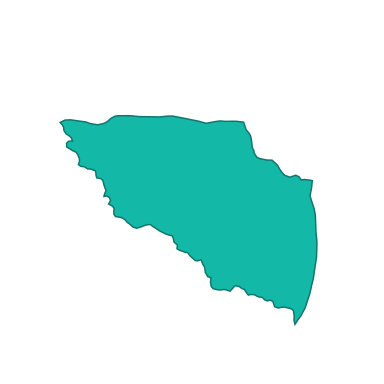 outline of Campestre do Maranhão, Maranhão, Brazil, rotated 202°
{"feature_id": "56859067B99691439302413", "entity_name": "Campestre do Maranhão", "entity_type": "district", "adm_level": 2, "iso_a3": "BRA", "parent_name": "Brazil", "parent_adm1": "Maranhão", "projection": "mercator", "projection_center": [-47.249, -6.177], "detail": "fine", "context": "isolated", "style": "filled", "palette": "teal", "viewbox_px": 384, "rotation_deg": 202, "n_neighbors": 0, "source": "geoboundaries", "source_scale": "gbopen_adm2", "svg_char_len": 2336}
<svg xmlns="http://www.w3.org/2000/svg" viewBox="0 0 384 384"><g transform="rotate(202 192 192)"><path d="M84.7,247.6L86.8,247.2L92.7,245.6L95.1,244.1L98.5,246.2L102.1,246.4L106.8,242.4L112.5,242.2L116.0,243.9L119.0,245.8L122.6,248.8L129.7,251.5L134.4,249.7L141.8,248.3L145.0,248.6L148.8,251.3L150.2,253.6L152.7,255.7L156.4,262.5L158.8,266.0L160.8,267.7L165.2,270.1L170.3,276.1L177.6,274.1L188.3,269.7L192.4,268.5L196.8,266.0L204.6,261.0L212.5,260.1L238.3,255.2L242.5,253.5L250.3,249.4L265.9,243.4L270.4,241.7L275.2,240.4L279.4,239.0L289.3,234.9L291.8,233.4L294.7,230.0L296.8,225.7L299.2,222.7L304.8,218.9L312.2,217.3L316.5,217.2L331.7,213.4L336.7,211.1L340.3,207.1L337.3,205.6L335.6,204.2L333.6,200.9L330.6,198.8L326.6,198.0L324.2,197.1L321.9,194.5L325.5,192.8L326.5,190.1L325.0,186.8L321.5,186.2L317.9,185.6L314.4,185.6L311.9,183.8L309.0,180.9L307.8,178.3L307.6,174.8L304.6,174.1L301.2,175.1L297.3,174.3L294.4,175.4L292.0,175.3L289.7,175.6L288.2,173.5L287.0,171.2L285.5,169.4L281.7,170.3L279.1,169.4L276.8,166.3L274.3,163.2L272.2,161.2L272.4,157.8L272.0,154.9L269.4,156.4L266.3,155.8L264.3,153.5L264.9,149.6L260.5,149.1L258.0,147.6L257.4,145.2L255.9,141.9L253.7,140.6L250.2,141.4L247.3,141.8L243.9,141.3L240.9,139.7L238.1,139.0L233.4,137.4L229.7,137.7L227.9,139.2L226.0,140.7L223.3,143.3L220.7,145.2L218.1,146.2L215.8,145.4L212.9,145.0L210.3,144.4L207.0,143.7L203.4,143.5L200.9,143.3L197.8,143.4L194.1,144.0L191.9,141.9L189.8,138.7L185.7,137.5L184.7,133.8L181.9,133.3L178.6,133.5L175.6,133.5L173.5,134.2L170.3,132.3L166.5,130.8L163.4,129.7L160.9,130.3L158.3,132.6L156.6,130.9L154.9,129.0L152.5,127.4L150.9,125.0L149.5,122.3L147.6,121.1L145.7,119.4L142.3,119.7L141.2,115.7L138.7,111.5L136.1,110.3L131.8,110.9L128.6,111.9L125.7,113.7L122.8,114.1L119.5,114.3L118.1,118.3L117.1,121.1L114.9,121.7L112.5,122.0L109.7,121.2L106.9,121.3L104.3,119.4L101.2,117.5L98.8,119.2L95.2,120.2L92.6,119.7L90.3,119.8L87.4,120.6L84.0,119.2L81.4,119.2L79.2,121.0L75.9,120.8L74.2,118.6L72.3,116.6L68.4,116.8L65.7,118.7L63.2,119.9L58.0,120.7L55.7,120.7L53.6,120.1L50.8,115.4L49.5,111.5L47.0,107.9L45.9,113.0L44.6,118.2L43.7,127.3L44.7,141.9L45.6,147.5L46.4,152.1L46.9,156.4L50.7,172.1L52.3,178.7L57.3,192.2L62.2,201.6L65.5,209.0L68.8,216.4L72.5,222.3L76.6,227.1L81.1,232.6L82.7,240.6L84.7,247.6Z" fill="#14b8a6" stroke="#0f766e" stroke-width="1.5"/></g></svg>